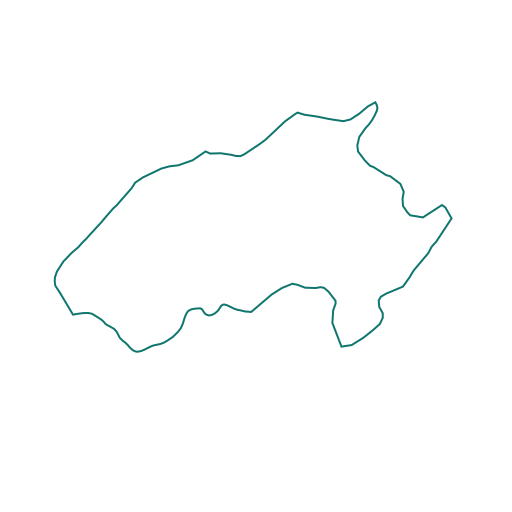 the district of Quetzaltenango, Quezaltenango, Guatemala, rotated 59°
{"feature_id": "79465075B80303982129661", "entity_name": "Quetzaltenango", "entity_type": "district", "adm_level": 2, "iso_a3": "GTM", "parent_name": "Guatemala", "parent_adm1": "Quezaltenango", "projection": "equal_earth", "projection_center": [-91.528, 14.813], "detail": "fine", "context": "isolated", "style": "outline", "palette": "teal", "viewbox_px": 512, "rotation_deg": 59, "n_neighbors": 0, "source": "geoboundaries", "source_scale": "gbopen_adm2", "svg_char_len": 2199}
<svg xmlns="http://www.w3.org/2000/svg" viewBox="0 0 512 512"><g transform="rotate(59 256 256)"><path d="M377.7,229.4L381.6,219.9L381.4,206.4L379.9,194.7L378.1,184.9L374.2,179.1L370.2,176.8L363.2,176.6L357.3,173.7L355.2,170.0L355.3,163.7L357.9,145.8L353.3,135.2L349.6,128.3L342.4,107.2L338.5,100.6L336.4,93.8L324.5,69.0L311.8,68.7L308.1,70.4L308.9,93.0L300.5,102.9L296.3,103.8L288.8,104.2L282.4,100.9L277.1,96.3L268.6,95.1L256.7,99.9L253.7,102.8L240.4,109.4L237.3,111.8L230.2,113.5L219.1,114.7L213.5,112.3L207.1,106.1L202.8,96.3L201.4,91.5L199.4,86.7L196.4,81.5L194.0,78.0L191.6,75.6L188.5,74.7L185.7,74.6L185.4,83.1L187.2,94.2L187.6,104.8L185.4,111.7L178.5,120.1L175.5,123.6L167.8,132.0L159.7,141.9L154.5,146.5L154.5,149.7L155.5,161.6L161.2,187.8L161.9,194.8L162.8,213.8L162.3,218.0L160.0,221.6L156.6,225.0L149.7,233.4L144.6,242.5L140.4,245.4L141.3,261.0L138.2,276.0L134.6,283.9L132.3,292.1L130.4,312.5L130.9,321.8L133.9,327.9L138.4,342.0L140.8,349.3L141.7,354.0L145.7,366.3L147.4,371.1L148.2,373.7L149.6,378.8L151.1,383.5L151.8,386.2L153.8,392.6L155.2,398.4L156.9,403.6L158.4,412.6L161.5,423.9L166.9,434.8L170.6,439.2L173.9,441.5L177.9,443.3L186.9,443.0L202.8,443.0L212.0,443.1L213.7,438.7L215.9,433.6L218.3,429.3L221.1,426.3L224.9,424.3L230.7,421.4L233.9,420.4L236.3,420.1L238.9,419.0L240.6,417.8L245.4,415.2L247.6,414.7L249.9,414.5L255.9,414.9L260.2,413.8L262.8,412.7L266.1,411.8L270.0,411.2L273.5,410.0L275.8,408.4L276.9,407.2L277.5,405.6L278.4,402.9L278.9,399.3L279.1,395.8L279.5,391.6L280.2,388.9L282.1,383.5L282.8,379.8L282.9,375.3L282.5,368.9L281.0,362.4L279.2,357.7L276.4,353.7L272.3,349.1L270.8,347.2L269.5,345.3L268.6,343.4L268.2,342.0L268.4,339.0L269.3,336.4L271.2,332.4L272.2,330.7L273.9,329.7L277.6,329.6L279.5,329.3L281.0,328.5L282.5,327.2L283.1,326.2L283.8,323.7L284.0,321.1L283.6,318.2L283.1,316.4L282.2,314.3L281.0,312.1L280.7,310.7L280.7,309.4L281.2,308.2L283.3,306.2L286.9,303.8L289.9,301.9L292.5,299.7L294.5,297.4L297.7,294.2L301.5,288.9L299.1,274.6L297.1,262.5L296.8,250.3L298.5,239.2L301.8,235.5L308.5,230.2L314.2,221.3L315.9,216.8L318.3,214.1L324.0,212.2L335.3,210.9L337.8,212.3L342.4,217.9L352.7,225.0L377.7,229.4Z" fill="none" stroke="#0f766e" stroke-width="2"/></g></svg>